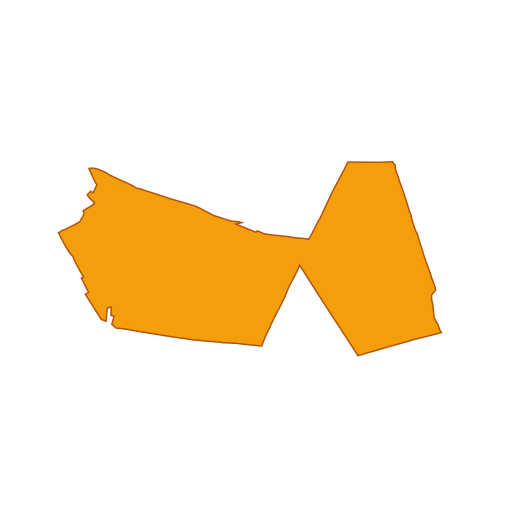 outline of Ghercesti, Dolj, Romania, rotated 59°
{"feature_id": "2599482B76093659633091", "entity_name": "Ghercesti", "entity_type": "district", "adm_level": 2, "iso_a3": "ROU", "parent_name": "Romania", "parent_adm1": "Dolj", "projection": "natural_earth1", "projection_center": [23.894, 44.373], "detail": "fine", "context": "isolated", "style": "filled", "palette": "amber", "viewbox_px": 512, "rotation_deg": 59, "n_neighbors": 0, "source": "geoboundaries", "source_scale": "gbopen_adm2", "svg_char_len": 4125}
<svg xmlns="http://www.w3.org/2000/svg" viewBox="0 0 512 512"><g transform="rotate(59 256 256)"><path d="M243.4,413.8L245.7,413.0L247.8,410.1L251.6,405.4L253.7,402.9L256.9,399.3L271.5,382.1L278.5,373.8L288.0,362.3L288.2,361.9L289.3,360.6L290.0,359.7L292.0,357.3L294.5,354.3L295.5,353.1L298.7,348.7L301.7,344.7L304.8,340.3L306.5,338.0L309.9,333.3L311.6,331.0L313.4,329.0L314.5,327.1L321.1,317.3L324.7,312.7L328.9,307.1L334.2,300.1L336.1,297.5L334.2,295.1L331.6,291.7L330.0,289.6L327.0,285.2L326.0,283.7L323.7,280.0L322.9,279.0L322.7,278.8L321.9,277.5L320.1,274.9L316.7,269.5L315.3,267.6L313.6,264.5L312.7,263.0L311.8,261.5L310.3,259.3L307.1,254.3L306.3,253.1L305.8,252.1L304.3,250.4L303.7,249.4L301.8,247.0L299.1,243.2L297.1,240.0L293.5,233.9L288.7,226.5L287.0,224.1L286.4,223.3L290.4,223.2L320.0,222.5L394.0,219.9L396.1,211.7L401.4,191.7L407.5,169.3L408.6,164.9L411.5,155.5L412.1,153.5L415.5,142.2L416.5,138.7L416.8,137.6L417.1,136.5L415.1,136.6L412.4,136.2L408.0,135.3L403.9,135.4L400.2,134.9L398.0,133.8L396.4,133.1L393.2,131.6L391.6,130.9L389.2,129.7L387.1,128.9L385.2,128.4L383.3,127.7L382.3,127.0L380.9,126.2L380.3,125.8L379.9,125.4L379.7,125.2L379.6,124.8L379.4,123.9L378.8,122.6L378.2,120.9L378.0,120.3L377.8,119.8L377.5,119.5L375.7,118.8L374.0,118.3L372.3,118.0L367.9,117.2L365.1,116.7L361.1,115.7L349.2,113.3L342.8,112.0L336.9,110.5L334.2,109.9L331.3,109.2L327.8,108.4L325.6,107.8L323.6,107.4L322.1,106.9L320.9,106.5L319.3,106.4L317.5,106.3L315.3,105.9L313.9,105.7L313.0,105.5L312.3,105.4L311.6,105.1L310.7,104.9L309.7,104.7L308.9,104.6L304.3,103.3L300.6,102.1L295.5,101.2L290.7,99.9L278.6,97.0L264.6,94.3L262.0,93.6L258.9,92.8L258.0,92.7L256.3,92.6L255.1,92.1L254.2,91.8L252.6,91.6L251.1,90.7L250.1,90.0L249.7,90.0L249.4,90.0L248.9,90.1L248.0,90.2L247.1,90.3L246.0,90.5L245.4,90.4L244.7,92.1L242.1,96.7L240.1,100.3L238.4,103.3L235.7,107.7L225.6,124.3L222.8,128.9L227.0,135.5L229.7,139.9L240.2,157.3L256.7,181.8L258.7,185.4L265.9,197.0L267.1,199.0L268.7,202.3L266.6,204.7L264.9,206.9L264.7,207.3L263.0,209.8L256.8,217.5L255.1,219.5L254.4,220.2L253.8,221.5L250.9,225.2L249.8,226.5L247.4,229.8L244.6,233.4L242.0,236.5L241.0,237.6L240.0,238.4L238.6,239.4L235.4,241.7L235.1,241.9L235.3,242.2L235.5,242.4L235.5,242.7L235.6,243.2L235.6,243.6L235.4,243.9L218.3,256.8L220.1,251.0L218.7,252.3L217.7,253.2L216.2,255.2L213.8,258.7L210.4,262.0L203.2,268.1L199.7,271.3L190.1,277.1L188.3,278.2L186.5,279.2L185.3,280.0L184.1,280.8L182.7,281.9L181.1,283.0L180.1,284.0L178.8,285.2L176.3,287.4L168.6,294.6L163.4,299.4L146.2,314.3L144.0,316.4L143.5,316.8L142.2,317.9L141.1,318.8L139.9,319.6L139.7,319.7L139.5,319.8L139.0,320.5L138.3,321.5L137.6,322.2L136.8,323.0L135.8,323.7L133.8,324.7L130.3,326.8L126.8,329.0L125.1,330.3L123.2,331.7L119.8,334.0L116.2,336.4L113.9,338.0L113.1,338.5L112.7,338.8L112.4,339.0L111.5,339.6L109.8,340.5L108.0,341.3L107.0,341.8L106.3,342.2L105.0,343.2L103.2,344.6L101.8,345.4L100.4,346.5L98.9,348.2L97.4,349.5L96.0,351.7L95.5,352.7L95.2,353.4L94.9,354.1L95.0,354.2L98.9,354.6L105.4,355.4L108.8,355.8L111.3,355.8L112.9,355.6L117.6,362.6L117.8,363.3L115.4,364.3L116.0,366.6L116.6,368.7L116.8,369.3L117.5,369.2L119.2,369.0L121.2,368.8L121.7,368.6L123.0,368.2L126.7,367.0L127.0,367.6L128.0,367.7L128.0,368.1L128.2,371.6L128.2,377.9L128.2,379.2L128.2,380.2L128.2,380.9L129.1,381.1L130.4,381.4L131.0,381.6L131.5,382.1L132.0,382.8L132.7,383.9L133.7,385.6L134.9,387.7L135.6,388.9L135.8,389.5L135.8,390.1L135.8,390.9L135.8,392.0L135.8,393.4L135.7,395.5L135.7,396.2L135.7,396.3L135.5,397.1L135.4,399.0L135.4,399.7L135.3,400.7L135.2,401.4L135.1,402.3L135.1,402.6L135.1,403.3L135.1,404.2L135.1,405.0L135.1,405.4L134.9,406.0L134.8,406.6L134.6,407.3L134.5,407.6L134.5,408.1L134.3,408.5L134.2,408.8L134.3,409.1L134.3,410.2L134.4,413.1L134.3,413.3L135.4,413.3L136.5,413.4L137.8,413.5L139.6,413.8L145.1,414.1L155.0,414.3L158.5,413.9L162.5,413.2L165.1,413.8L167.1,413.9L167.5,413.9L172.2,414.3L177.4,414.5L183.8,414.7L185.5,414.8L184.9,417.0L200.9,418.2L200.9,422.0L230.7,421.3L234.7,418.2L224.0,410.2L225.3,406.4L232.2,411.0L234.4,408.6L240.3,414.8L243.4,413.8Z" fill="#f59e0b" stroke="#b45309" stroke-width="1.5"/></g></svg>